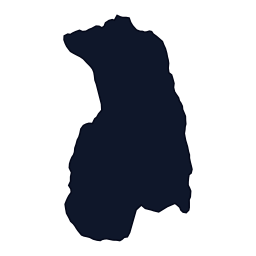 Santa Bárbara, Bahia, Brazil
{"feature_id": "56859067B70758123522346", "entity_name": "Santa Bárbara", "entity_type": "district", "adm_level": 2, "iso_a3": "BRA", "parent_name": "Brazil", "parent_adm1": "Bahia", "projection": "natural_earth1", "projection_center": [-38.986, -11.933], "detail": "fine", "context": "isolated", "style": "filled", "palette": "ink", "viewbox_px": 256, "rotation_deg": 0, "n_neighbors": 0, "source": "geoboundaries", "source_scale": "gbopen_adm2", "svg_char_len": 2110}
<svg xmlns="http://www.w3.org/2000/svg" viewBox="0 0 256 256"><path d="M186.2,212.7L188.7,210.1L189.2,207.5L189.2,203.2L189.1,199.7L190.3,196.9L190.7,191.0L189.4,187.8L188.1,185.2L188.1,181.9L188.5,177.7L189.0,174.7L191.1,173.1L192.0,169.3L191.2,165.9L190.2,162.0L189.4,158.1L189.4,154.8L188.5,151.9L187.5,146.8L186.5,143.4L185.6,140.4L184.9,136.8L184.3,133.4L184.9,129.7L185.1,126.7L185.8,124.0L185.5,120.2L185.4,116.3L184.3,113.5L182.6,109.5L182.3,106.2L180.8,103.0L179.4,101.0L178.5,97.7L176.3,94.5L174.5,91.7L173.5,87.4L174.0,83.4L173.1,80.0L172.4,77.5L171.6,74.9L168.8,72.7L168.2,68.2L168.6,63.3L168.1,59.8L167.4,57.1L166.7,53.3L165.4,48.6L163.7,44.9L162.4,41.5L159.3,38.8L156.4,36.3L153.2,34.0L151.6,31.6L149.4,31.1L147.0,31.9L144.6,32.2L142.6,31.4L140.0,31.3L136.5,30.0L134.2,27.5L132.5,25.5L130.6,22.3L129.1,18.0L126.2,17.5L122.7,17.5L120.3,16.9L117.1,15.4L114.4,20.3L112.2,19.6L109.0,20.5L105.5,22.8L104.2,26.2L101.9,27.8L99.1,26.3L96.1,26.1L93.7,27.4L91.7,28.5L89.2,29.4L86.1,31.2L82.5,31.6L79.5,30.3L75.6,31.7L72.6,33.1L70.4,34.5L67.7,34.1L64.2,35.9L64.0,39.8L65.3,43.4L66.7,46.3L68.5,48.8L70.5,51.4L73.4,53.1L77.0,55.0L80.2,56.6L83.4,58.8L86.7,62.4L89.0,64.7L90.7,66.5L92.6,69.0L93.9,72.2L94.5,75.8L95.0,80.2L96.4,84.1L101.5,104.1L101.8,110.1L98.6,113.9L96.7,117.3L94.8,118.7L93.7,120.9L92.5,123.5L88.9,123.3L86.1,124.1L83.4,125.5L80.9,128.9L79.9,133.7L78.9,137.0L77.3,140.0L76.2,144.2L74.9,148.0L74.5,152.2L73.5,155.0L72.0,157.2L70.7,160.2L69.6,163.8L69.3,167.8L71.5,172.5L70.6,176.8L70.6,181.3L68.7,185.4L70.9,188.9L71.3,192.3L68.8,195.9L67.5,198.4L66.3,201.1L65.1,204.2L65.7,208.4L66.6,213.3L69.1,217.9L70.7,221.3L73.4,223.8L75.3,226.4L76.6,228.6L78.1,230.7L79.8,232.8L81.5,234.9L83.8,235.9L86.7,236.5L89.8,237.3L93.3,239.1L97.0,240.1L100.3,240.5L102.2,239.4L104.5,238.9L106.7,238.7L109.2,239.2L113.1,240.0L116.9,240.1L119.8,240.6L121.9,239.4L124.2,237.3L127.4,236.8L129.7,232.4L136.1,209.9L141.3,205.0L145.3,208.4L151.3,209.9L153.7,210.7L158.7,211.9L167.3,206.6L175.0,203.3L177.2,205.0L179.8,207.3L180.9,210.1L183.0,212.1L186.2,212.7Z" fill="#0f172a" stroke="#020617" stroke-width="1.5"/></svg>